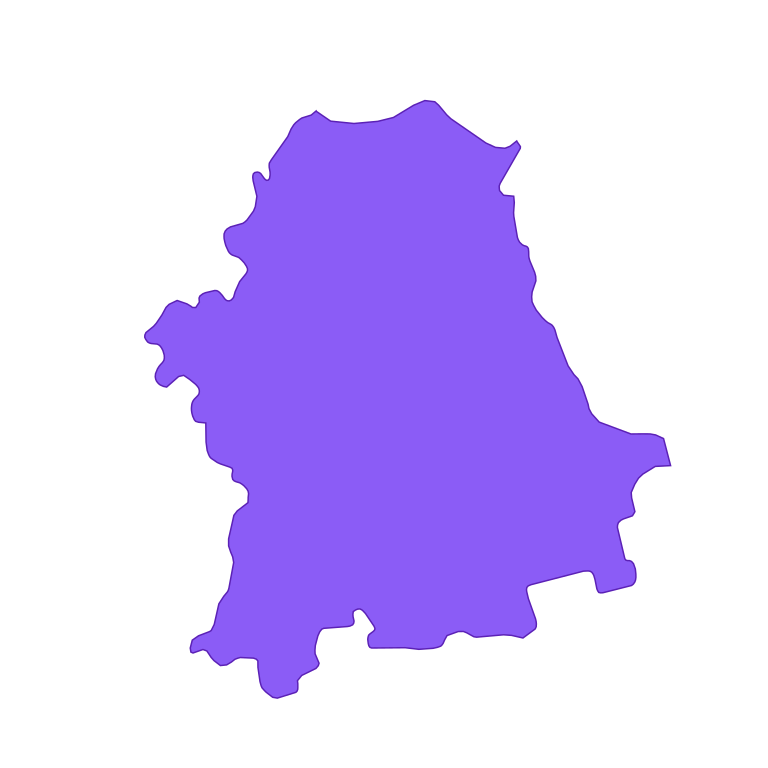 outline of Chechnya, rotated 165°
{"feature_id": "RUS-2416", "entity_name": "Chechnya", "entity_type": "Republic", "adm_level": 1, "iso_a3": "RUS", "parent_name": "Russia", "parent_adm1": "", "projection": "equal_earth", "projection_center": [45.92, 43.243], "detail": "fine", "context": "isolated", "style": "filled", "palette": "violet", "viewbox_px": 768, "rotation_deg": 165, "n_neighbors": 0, "source": "natural_earth", "source_scale": "10m", "svg_char_len": 4911}
<svg xmlns="http://www.w3.org/2000/svg" viewBox="0 0 768 768"><g transform="rotate(165 384 384)"><path d="M271.2,647.2L261.9,643.5L259.1,639.2L256.0,632.6L253.8,627.8L250.7,622.8L223.2,590.4L215.1,583.7L206.1,580.4L200.7,581.0L192.9,584.4L192.7,583.4L191.0,578.7L190.8,577.9L191.4,576.3L219.9,547.7L221.5,545.4L222.0,543.1L222.3,540.9L219.7,535.4L210.1,531.8L211.2,525.5L214.5,515.9L215.2,512.3L217.2,491.1L217.0,488.6L216.3,485.8L214.4,482.7L212.8,481.3L211.2,480.4L210.1,479.3L209.5,477.6L210.0,474.4L211.1,469.9L211.3,468.0L211.2,464.9L209.6,453.0L209.6,448.8L210.6,444.3L217.1,434.5L218.8,430.0L219.7,425.1L219.1,421.3L217.8,415.9L214.0,407.3L211.7,403.4L209.9,400.9L207.3,398.4L206.3,397.1L205.4,394.8L204.9,392.0L204.8,384.1L201.5,353.9L198.1,343.9L195.3,338.8L193.3,330.2L192.1,311.6L192.4,307.2L191.1,301.5L186.0,291.5L158.4,271.8L147.1,268.9L139.9,266.9L134.8,264.5L128.1,258.9L128.3,231.0L143.3,234.2L157.3,230.0L162.5,227.2L167.8,222.2L173.3,215.2L174.3,209.8L174.7,195.7L178.1,192.4L187.6,191.7L190.4,191.1L193.5,189.4L194.9,187.3L195.7,185.0L196.6,152.9L195.9,151.2L194.5,150.4L192.6,149.9L190.8,148.5L189.5,145.9L189.1,140.3L189.9,135.3L190.7,132.1L191.7,129.7L192.9,127.9L194.9,126.2L197.0,125.3L226.5,125.7L228.8,126.2L230.5,127.1L231.1,128.9L231.4,131.0L230.8,140.5L230.9,144.9L231.4,146.9L232.1,148.5L233.4,149.8L235.2,150.6L239.7,151.6L293.8,152.1L296.9,151.7L298.7,150.5L299.6,148.5L299.9,146.4L300.1,139.2L298.4,117.9L298.5,115.4L298.9,112.9L299.8,110.2L300.9,108.8L301.5,108.2L315.5,102.7L325.9,108.2L333.4,110.8L360.1,115.5L362.6,116.6L368.4,122.2L371.3,124.4L376.4,125.7L388.2,124.7L391.6,121.2L394.0,118.2L395.4,117.0L397.0,116.1L400.4,115.8L405.0,116.0L419.0,118.7L431.8,123.8L464.3,132.2L465.8,133.3L466.4,135.1L466.4,137.3L466.1,139.5L465.8,141.4L465.3,142.8L464.7,144.0L463.8,145.4L462.2,146.3L458.6,147.7L457.0,148.6L456.1,149.8L456.1,151.3L456.4,152.9L461.3,167.1L463.0,170.3L464.0,171.7L465.4,172.9L467.6,173.4L470.0,173.1L472.6,172.1L473.6,169.7L474.1,167.3L474.3,162.8L475.1,160.9L476.6,159.5L479.5,159.0L482.1,159.2L505.4,163.6L507.5,163.3L510.2,161.3L513.1,157.8L518.0,149.2L519.6,144.7L520.4,141.2L519.0,131.1L520.4,128.9L523.3,126.9L538.9,123.8L544.4,119.8L544.8,116.9L545.8,113.1L546.4,111.3L547.5,109.8L548.9,109.0L568.3,108.2L572.6,110.2L577.5,116.6L578.8,118.8L580.4,122.0L580.7,123.6L580.8,125.0L580.8,128.6L579.1,142.9L577.5,149.1L578.5,151.2L581.0,153.0L593.6,157.0L596.2,157.0L599.2,156.7L603.4,154.9L608.7,153.4L614.9,154.4L619.8,160.8L621.8,164.8L622.3,166.4L624.2,172.0L627.6,174.4L638.1,173.6L639.9,175.0L639.5,179.1L635.5,186.2L628.3,188.8L616.6,190.0L614.7,190.6L610.2,195.7L600.4,214.4L593.6,220.5L589.2,223.6L588.1,224.7L587.4,225.7L586.6,227.0L575.4,250.5L574.9,256.2L575.6,261.4L576.0,267.8L574.2,274.6L566.0,290.2L563.0,296.0L558.6,299.4L546.1,304.6L545.0,308.0L544.6,309.5L543.2,313.1L543.0,315.6L543.7,318.3L545.7,322.1L547.3,324.2L548.9,325.9L552.2,327.9L553.8,329.2L554.8,331.0L554.7,334.2L554.0,336.4L553.0,338.3L552.4,340.0L552.6,341.9L554.4,343.6L562.6,349.1L565.4,351.4L570.1,356.8L570.9,358.2L571.4,359.9L571.7,361.8L572.0,365.6L570.9,374.0L566.2,392.5L573.1,395.1L575.6,396.7L576.5,398.6L577.1,402.5L577.1,405.5L576.8,408.2L576.3,410.4L575.6,412.4L574.8,414.3L573.8,415.9L572.6,417.3L571.2,418.4L566.5,421.2L565.2,422.5L564.4,424.2L564.0,426.0L564.1,428.1L564.8,430.0L566.0,432.4L570.5,438.7L575.2,444.2L580.4,444.4L594.7,437.3L597.7,438.8L600.4,441.0L601.5,442.4L602.3,443.9L603.0,445.7L603.3,447.7L603.1,450.2L602.0,453.1L598.9,457.2L596.8,459.2L594.7,460.7L593.3,461.5L592.2,462.3L591.3,463.0L590.3,464.1L589.4,466.1L588.8,468.8L588.9,473.5L589.5,476.2L590.3,478.4L591.1,479.7L592.0,480.6L592.9,481.3L598.5,483.4L600.1,484.4L601.4,485.7L602.1,487.4L602.7,489.2L603.0,491.1L602.3,493.2L600.6,495.3L591.7,499.3L588.2,501.6L580.7,508.1L574.7,514.4L570.9,516.6L562.2,518.2L553.6,512.4L550.3,509.0L549.2,507.5L546.0,506.6L541.2,510.8L540.4,514.9L539.1,516.6L535.7,518.0L532.9,518.4L523.2,518.1L521.3,517.4L520.0,516.2L519.0,514.8L517.3,511.5L516.0,508.0L515.2,506.4L514.0,505.1L512.1,504.3L509.7,504.7L506.9,506.6L503.8,511.8L496.9,520.3L488.8,526.2L487.6,527.4L486.5,528.9L486.0,530.8L486.4,533.4L487.7,537.3L489.4,540.5L491.2,543.4L492.3,544.4L497.3,547.9L498.5,549.3L499.4,550.8L500.0,552.6L500.9,558.1L501.0,559.4L501.0,562.7L500.8,565.9L500.3,568.1L499.6,570.4L497.8,572.8L495.4,574.4L491.6,575.5L478.8,575.7L476.5,576.5L474.0,577.8L465.3,584.8L462.4,588.6L458.2,598.2L457.8,614.1L457.3,617.4L456.8,619.0L455.8,620.8L454.1,621.7L451.5,621.5L449.8,620.6L448.6,619.2L446.6,613.9L445.8,612.3L444.7,611.1L443.1,610.9L441.4,612.1L439.9,615.4L439.2,618.2L438.8,623.0L438.3,625.1L437.6,627.0L434.7,629.8L412.9,647.9L407.7,654.4L404.1,657.7L401.8,659.2L397.2,661.3L394.5,662.2L384.7,662.6L378.9,665.3L378.9,665.0L367.5,651.7L345.6,643.4L322.0,639.3L305.9,639.0L283.2,645.6L271.2,647.2Z" fill="#8b5cf6" stroke="#5b21b6" stroke-width="1.5"/></g></svg>